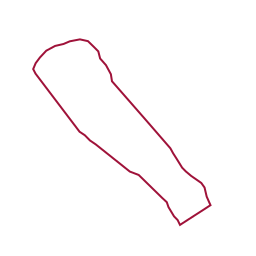 the district of Jundiá, Rio Grande do Norte, Brazil, rotated 130°
{"feature_id": "56859067B95272256467362", "entity_name": "Jundiá", "entity_type": "district", "adm_level": 2, "iso_a3": "BRA", "parent_name": "Brazil", "parent_adm1": "Rio Grande do Norte", "projection": "mercator", "projection_center": [-35.342, -6.25], "detail": "fine", "context": "isolated", "style": "outline", "palette": "rose", "viewbox_px": 256, "rotation_deg": 130, "n_neighbors": 0, "source": "geoboundaries", "source_scale": "gbopen_adm2", "svg_char_len": 619}
<svg xmlns="http://www.w3.org/2000/svg" viewBox="0 0 256 256"><g transform="rotate(130 128 128)"><path d="M116.3,82.5L110.3,120.1L102.5,170.3L97.8,175.7L94.0,185.3L92.7,194.0L88.4,200.0L87.8,206.5L87.2,214.5L91.0,221.8L99.0,228.3L105.1,231.4L112.0,236.6L121.3,240.3L130.6,240.8L137.7,240.4L143.8,238.5L145.8,233.8L162.0,162.7L161.3,156.4L162.0,149.1L161.3,142.2L160.2,98.6L157.1,89.6L159.6,56.7L159.9,50.6L162.6,46.1L166.1,35.9L166.6,30.8L168.8,25.9L134.1,15.2L130.0,23.6L124.4,31.1L123.0,36.5L124.1,48.7L124.1,55.8L123.6,61.0L120.3,71.0L118.4,77.1L116.3,82.5Z" fill="none" stroke="#9f1239" stroke-width="2"/></g></svg>